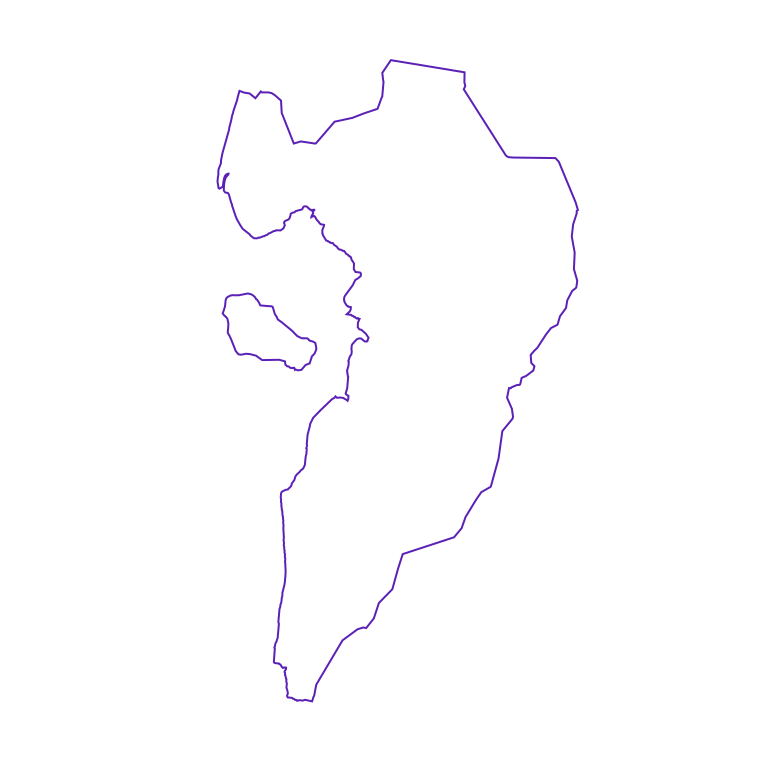 Lelu, Kosrae, Federated States of Micronesia, rotated 185°
{"feature_id": "79324940B37039931365827", "entity_name": "Lelu", "entity_type": "district", "adm_level": 2, "iso_a3": "FSM", "parent_name": "Federated States of Micronesia", "parent_adm1": "Kosrae", "projection": "equal_earth", "projection_center": [163.023, 5.336], "detail": "fine", "context": "isolated", "style": "outline", "palette": "violet", "viewbox_px": 768, "rotation_deg": 185, "n_neighbors": 0, "source": "geoboundaries", "source_scale": "gbopen_adm2", "svg_char_len": 6113}
<svg xmlns="http://www.w3.org/2000/svg" viewBox="0 0 768 768"><g transform="rotate(185 384 384)"><path d="M553.5,663.4L554.7,657.2L555.1,654.0L557.9,642.3L558.0,640.6L558.6,638.8L559.3,632.7L560.5,625.6L560.5,623.9L565.0,600.2L565.8,593.2L565.7,589.7L567.5,583.5L567.5,580.1L567.2,578.6L567.5,575.3L567.5,571.1L565.8,564.6L564.9,564.3L562.1,566.2L561.7,567.5L561.6,571.3L561.1,575.6L560.3,577.8L559.6,578.8L557.7,580.0L557.2,580.0L557.3,579.2L559.6,576.0L560.4,573.0L560.7,569.0L560.5,563.1L559.9,562.0L559.0,561.1L558.2,560.8L556.3,560.8L555.0,559.2L551.9,551.0L551.0,549.5L550.9,548.5L546.4,538.2L544.8,535.1L540.4,528.8L538.1,526.1L530.9,521.4L529.7,520.0L526.3,517.9L523.2,518.0L521.9,518.9L520.6,518.9L517.3,520.6L516.0,520.9L515.4,521.5L513.4,522.4L511.7,524.1L510.6,524.4L507.6,526.5L505.6,527.1L505.0,527.7L500.4,528.0L497.7,530.3L496.7,533.5L497.0,534.7L497.6,535.6L497.6,536.5L496.6,537.9L494.0,539.2L492.7,540.5L491.9,543.5L491.8,545.3L491.4,545.8L489.5,546.9L488.2,547.2L486.9,548.6L481.0,550.7L480.4,551.7L479.9,553.1L479.4,553.7L478.5,554.1L476.5,554.1L475.2,553.2L474.6,552.4L473.9,552.3L473.3,551.5L472.1,551.3L471.8,550.8L471.3,550.6L469.4,551.5L468.7,551.5L468.5,551.3L470.0,549.4L469.4,548.0L470.8,544.9L470.9,543.9L468.5,545.4L467.2,544.5L465.7,542.2L464.0,540.4L463.3,540.1L462.4,538.7L461.5,538.2L461.2,537.7L457.6,537.3L457.7,535.8L458.8,532.2L458.6,528.9L458.2,528.6L458.0,527.2L454.1,521.9L452.4,521.6L452.1,521.1L450.4,520.7L450.2,520.2L449.6,520.0L447.2,519.9L446.2,518.5L442.6,516.4L441.7,515.0L440.7,514.6L440.4,514.1L438.0,513.9L436.8,513.1L435.3,513.1L434.8,512.3L434.2,512.0L433.3,510.6L430.9,509.4L430.7,508.9L429.6,508.5L429.4,508.0L428.3,507.7L427.7,506.8L427.4,505.4L424.4,501.5L424.1,495.8L422.2,493.1L417.8,493.0L417.3,492.8L416.6,491.9L416.6,489.5L419.1,487.0L421.7,485.1L423.7,479.8L430.6,468.4L431.2,466.6L431.2,464.2L430.8,463.8L430.6,462.4L428.0,458.9L426.9,458.6L426.7,458.1L426.1,457.9L423.7,457.7L423.7,455.3L424.3,453.5L427.2,450.2L422.9,450.0L422.4,449.8L422.1,449.3L420.4,449.0L420.1,448.4L418.5,448.1L418.2,447.6L416.9,446.9L415.7,447.4L415.2,447.2L415.1,446.5L414.1,446.6L415.3,442.8L415.1,438.3L413.3,436.3L411.2,436.0L406.4,432.4L403.4,428.7L404.2,426.2L404.2,425.3L404.8,424.8L407.1,424.8L410.7,427.3L412.6,427.3L414.9,426.3L418.9,421.1L419.5,419.6L419.5,415.7L419.0,414.0L419.0,411.4L419.2,410.5L420.2,408.7L420.8,407.0L421.1,405.2L421.5,404.3L421.5,403.6L421.1,403.3L421.0,402.6L421.0,399.1L422.0,394.0L421.7,393.6L421.5,391.4L421.1,391.0L420.8,388.7L420.4,388.4L420.3,387.7L420.3,376.3L421.4,371.2L420.8,370.3L418.4,369.1L418.3,365.8L418.8,364.1L420.1,365.0L423.6,366.6L426.5,366.7L429.8,366.2L431.3,367.4L432.0,366.1L434.6,364.2L445.0,352.3L451.6,344.2L454.0,338.0L454.3,335.0L455.7,327.0L455.7,317.8L455.3,315.7L455.8,313.2L455.4,312.9L455.3,312.2L455.2,307.8L455.7,304.6L455.8,296.4L457.1,292.9L457.8,292.0L459.2,290.9L460.5,288.9L462.6,286.7L463.8,285.0L464.5,283.2L464.9,280.6L467.1,277.0L467.6,274.4L468.1,273.6L470.7,270.5L472.5,270.1L476.0,268.1L476.7,267.2L477.0,266.0L477.0,262.1L476.4,259.4L476.3,257.3L475.8,256.2L475.6,253.4L475.1,251.9L474.9,249.9L474.4,249.2L473.6,244.1L473.1,243.1L472.9,241.1L472.4,239.3L472.3,236.7L471.8,234.9L471.7,231.4L470.4,222.6L470.4,219.2L469.8,217.4L469.7,213.9L469.2,213.0L469.0,210.7L468.5,209.5L468.4,207.3L467.8,206.0L467.7,203.0L467.1,201.6L467.1,198.1L466.5,195.5L466.4,193.8L465.8,190.2L465.5,185.1L465.5,178.1L465.8,174.4L467.0,167.4L466.8,163.9L467.2,162.2L467.2,157.9L467.9,155.2L468.0,152.6L468.5,150.8L468.5,137.7L467.8,135.9L467.8,121.9L468.6,118.4L469.6,115.8L469.8,113.1L470.2,112.3L470.2,111.6L469.8,111.2L469.7,110.5L469.5,97.5L468.9,96.7L468.4,96.5L464.0,96.3L463.7,95.8L462.7,95.5L461.1,93.2L460.1,92.9L459.8,92.3L458.0,93.0L456.8,92.9L456.8,91.3L457.8,89.5L458.0,88.7L457.8,88.0L457.4,87.6L457.2,85.3L456.8,85.0L455.9,81.8L455.5,81.5L455.4,79.0L454.7,77.3L454.7,72.9L453.5,70.1L452.8,67.5L453.4,65.0L453.2,64.3L452.6,63.4L448.2,63.3L447.7,63.1L447.4,62.6L445.7,62.2L445.4,61.7L443.1,61.4L442.8,60.8L441.0,61.6L437.1,61.6L435.2,62.5L428.0,61.6L426.9,66.4L426.4,67.3L425.3,78.5L403.0,125.0L389.1,137.3L383.5,139.6L380.5,139.3L373.7,149.6L370.0,165.4L357.8,180.3L353.9,201.3L350.5,216.2L300.9,237.4L294.1,247.1L291.2,258.5L282.1,276.9L277.6,284.8L269.0,290.7L268.6,291.3L263.4,319.8L262.0,347.4L252.9,360.7L252.6,362.6L254.4,370.4L260.2,381.0L259.1,390.9L257.4,390.8L256.7,391.8L251.2,394.7L249.0,394.9L248.5,395.3L248.2,396.1L247.4,402.1L243.0,404.5L236.4,410.5L235.7,414.9L239.1,417.8L240.4,425.7L237.3,430.1L234.4,433.4L226.9,447.5L222.5,454.3L216.6,458.0L216.2,458.7L214.6,466.8L209.3,475.6L208.7,483.4L204.6,493.2L201.2,496.4L200.8,497.4L200.5,503.7L204.8,515.0L205.5,531.5L209.8,547.3L209.5,559.5L206.9,570.7L207.1,573.2L206.0,574.2L208.9,581.6L229.2,620.6L232.9,624.0L275.8,620.8L279.9,620.9L281.4,621.5L282.7,622.5L330.2,684.5L329.0,688.0L330.2,691.5L330.9,701.5L405.4,707.2L412.8,693.8L411.3,686.4L410.8,685.1L410.8,670.2L411.4,668.8L414.4,657.6L427.6,651.8L438.6,646.4L456.1,641.0L472.7,617.9L473.4,617.5L488.0,618.4L494.8,615.7L509.5,645.1L511.3,657.4L517.9,662.2L521.3,664.0L524.7,664.4L531.3,663.8L532.2,664.7L537.0,657.5L543.2,661.7L548.8,662.1L553.5,663.4ZM548.8,455.1L549.1,452.6L549.1,448.6L549.4,446.2L550.6,441.0L550.9,440.4L549.4,438.6L546.4,436.3L545.5,434.8L544.3,430.6L544.1,426.4L544.2,422.1L543.6,420.5L542.3,418.9L540.3,415.4L534.5,403.8L531.6,400.9L529.0,400.7L524.1,402.1L520.2,402.1L514.0,401.1L507.5,397.2L490.5,399.0L484.6,397.9L483.9,394.7L482.0,393.2L480.3,393.1L479.1,392.1L477.5,391.8L474.8,392.3L474.0,390.4L473.6,390.8L471.0,390.1L467.5,390.9L463.8,396.1L460.7,397.7L459.9,397.9L458.2,405.3L455.9,408.1L454.5,412.3L454.6,414.0L456.0,418.9L458.5,420.1L462.2,420.8L462.9,421.8L464.4,422.8L470.0,422.4L474.6,424.2L480.6,429.3L491.6,436.8L495.2,438.9L495.9,439.7L496.3,440.9L498.9,444.3L501.4,450.7L502.1,451.4L503.2,451.7L504.3,451.5L513.9,451.5L514.6,452.1L515.0,453.3L517.6,456.8L518.6,457.2L520.2,459.4L522.4,461.0L524.2,461.8L527.5,462.3L536.6,459.7L543.2,459.2L545.1,458.5L547.7,456.8L548.8,455.1Z" fill="none" stroke="#5b21b6" stroke-width="2"/></g></svg>